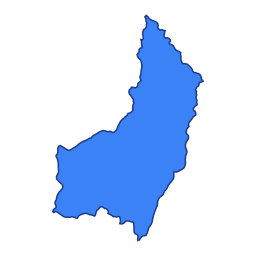 outline of Joaquim Felício, Minas Gerais, Brazil
{"feature_id": "56859067B86267150913030", "entity_name": "Joaquim Felício", "entity_type": "district", "adm_level": 2, "iso_a3": "BRA", "parent_name": "Brazil", "parent_adm1": "Minas Gerais", "projection": "natural_earth1", "projection_center": [-44.115, -17.647], "detail": "fine", "context": "isolated", "style": "filled", "palette": "blue", "viewbox_px": 256, "rotation_deg": 0, "n_neighbors": 0, "source": "geoboundaries", "source_scale": "gbopen_adm2", "svg_char_len": 4344}
<svg xmlns="http://www.w3.org/2000/svg" viewBox="0 0 256 256"><path d="M158.2,25.9L157.9,23.8L156.8,22.5L155.6,21.8L154.2,21.2L152.9,20.6L151.4,20.1L150.2,19.3L148.9,18.3L147.8,16.6L146.2,15.4L144.8,16.9L145.9,18.7L146.0,21.2L147.0,22.9L146.4,24.6L146.4,27.1L145.2,28.6L143.5,29.8L142.8,32.3L142.6,34.4L143.2,36.6L143.2,38.7L142.4,39.9L140.9,39.5L141.5,41.9L141.6,43.7L141.9,45.7L141.9,47.8L140.2,48.2L139.2,49.3L139.1,51.4L138.3,53.0L137.1,54.5L137.5,56.4L138.7,58.2L140.2,59.5L141.0,61.1L141.6,63.7L141.9,66.2L141.5,68.6L141.1,71.0L141.0,72.5L140.7,74.6L139.9,76.8L140.4,78.9L141.0,80.6L139.5,82.2L138.0,83.3L137.8,85.1L136.9,87.1L135.0,87.9L133.0,87.3L131.4,87.3L130.8,88.7L129.5,89.6L128.9,91.7L129.4,94.1L131.2,96.1L132.4,98.2L133.6,99.6L133.2,101.3L133.9,103.2L132.8,105.7L132.6,107.8L133.0,109.9L132.2,111.2L131.2,112.2L129.9,113.1L128.2,113.3L127.4,114.5L126.7,115.8L125.2,116.7L123.9,118.3L122.5,119.2L120.8,121.0L119.6,123.1L118.7,124.8L117.8,126.6L116.8,129.4L115.3,131.1L113.7,132.4L112.0,132.3L110.2,131.3L108.5,131.7L107.0,131.6L105.1,130.8L103.1,130.6L101.6,131.0L100.1,131.6L98.4,132.6L96.3,133.9L94.9,134.7L93.5,135.4L92.2,136.5L91.4,138.0L89.9,138.1L88.6,138.8L87.0,139.7L85.1,140.8L83.3,141.2L81.6,142.3L79.9,143.2L78.5,144.3L77.4,145.6L76.3,146.2L75.2,147.1L73.6,147.8L72.3,148.8L70.9,149.5L69.6,150.3L67.9,150.2L66.0,149.0L64.4,148.0L63.2,147.3L61.9,146.5L60.5,145.6L58.7,146.1L57.8,148.2L57.9,150.1L57.8,151.8L57.5,153.6L55.9,155.7L56.5,157.3L57.3,158.6L57.8,160.7L58.3,163.5L58.3,166.2L58.5,169.8L58.6,171.7L58.1,173.3L57.2,175.0L56.5,176.7L56.5,178.5L57.2,179.7L58.3,180.8L59.9,182.4L61.5,183.9L62.4,185.0L62.9,186.6L62.5,188.3L61.3,189.8L60.4,190.8L59.2,192.1L58.3,193.5L57.2,195.6L56.6,197.7L56.3,199.8L55.3,201.4L55.0,203.7L56.1,205.8L56.0,207.5L54.9,208.5L53.4,209.6L52.8,211.6L53.9,212.6L55.4,211.5L57.0,211.9L58.7,213.1L60.2,214.2L61.7,215.2L63.3,216.4L65.4,217.2L67.3,217.1L68.8,217.3L70.6,217.1L71.9,216.6L73.6,217.0L75.4,217.9L77.2,218.2L78.0,216.8L78.9,215.7L80.7,214.7L82.8,214.0L84.8,213.3L86.3,213.3L88.1,214.0L89.3,214.6L91.0,214.8L92.7,215.3L94.6,216.1L95.5,214.9L96.0,212.5L96.9,210.3L98.5,209.4L99.3,207.9L100.9,206.6L103.1,207.1L104.4,208.5L106.1,208.6L107.6,210.0L108.6,211.6L107.9,213.3L109.6,214.3L111.7,215.3L113.3,216.6L114.8,216.5L116.3,217.0L118.4,216.5L119.6,216.9L120.1,218.3L120.3,219.8L120.4,221.6L119.8,223.6L121.8,224.0L123.6,223.3L124.7,222.2L125.9,221.1L127.6,220.8L129.5,221.3L131.0,221.8L132.3,222.0L133.6,222.6L133.8,224.7L134.0,227.6L134.0,230.1L134.2,232.4L135.4,233.9L137.2,234.5L138.1,236.2L137.8,237.7L137.6,239.2L138.0,240.6L139.3,240.1L140.6,238.1L141.8,236.5L143.1,235.8L144.5,235.8L146.0,235.4L147.1,233.4L147.7,231.6L148.2,229.5L148.9,227.5L149.9,226.1L151.0,224.7L151.6,223.3L152.2,221.7L152.6,218.9L153.2,217.1L153.6,215.0L154.3,212.9L155.1,210.9L155.7,209.2L156.3,207.7L157.1,205.8L157.5,203.7L157.7,201.4L158.5,199.1L159.7,197.3L160.8,196.5L162.0,195.7L163.2,194.5L163.7,192.9L164.4,191.4L165.9,189.8L167.3,187.8L167.8,186.3L168.5,184.9L170.0,183.2L171.4,181.5L172.6,179.9L173.4,178.6L173.9,176.8L173.8,174.0L173.8,172.0L175.2,171.9L176.5,172.0L178.2,171.4L180.2,170.3L182.3,169.2L184.1,167.7L184.8,166.0L185.3,164.4L185.6,162.2L185.1,159.8L185.5,157.9L185.6,156.2L186.2,154.3L187.0,151.8L186.4,149.5L185.5,147.1L185.4,144.9L186.1,142.4L187.2,140.5L188.5,138.6L188.5,136.0L187.3,134.4L186.1,133.2L186.3,131.2L186.8,129.2L187.8,127.8L189.1,126.5L188.6,125.2L188.6,123.4L189.4,121.8L190.6,120.6L191.9,118.9L193.2,116.6L194.8,115.8L195.8,114.8L195.8,113.3L195.2,111.4L193.7,110.5L193.3,109.0L194.3,107.1L195.2,106.1L196.4,105.4L197.3,104.3L196.7,102.8L196.9,100.2L196.0,98.1L196.2,96.4L196.7,94.9L196.2,93.2L196.5,91.3L195.6,89.9L196.4,87.9L197.4,86.5L198.6,85.8L198.9,84.4L199.8,82.3L201.7,82.0L203.2,81.2L202.0,79.8L201.3,77.9L201.0,76.5L200.3,75.0L198.8,73.7L197.3,73.4L195.8,72.7L193.7,72.4L192.7,71.0L192.1,69.2L190.7,67.3L189.1,65.8L187.5,64.3L185.5,63.8L184.0,63.5L182.4,63.6L181.8,62.0L180.9,60.1L180.9,58.2L181.0,56.5L180.5,54.7L180.7,52.6L178.7,51.4L177.1,50.8L175.5,49.6L174.3,47.5L173.1,45.4L171.4,44.6L169.8,44.1L169.2,42.7L170.5,41.2L170.2,39.6L168.8,38.3L167.5,37.7L166.2,38.1L164.6,37.6L164.0,35.5L164.5,33.9L164.7,32.0L165.2,30.7L163.4,30.3L161.7,29.6L159.9,30.1L158.6,28.8L157.5,27.4L158.2,25.9Z" fill="#3b82f6" stroke="#1e3a8a" stroke-width="1.5"/></svg>